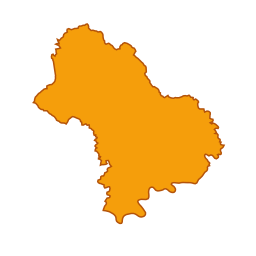 outline of Capão Alto, Santa Catarina, Brazil, rotated 280°
{"feature_id": "56859067B63554103523917", "entity_name": "Capão Alto", "entity_type": "district", "adm_level": 2, "iso_a3": "BRA", "parent_name": "Brazil", "parent_adm1": "Santa Catarina", "projection": "natural_earth1", "projection_center": [-50.626, -28.064], "detail": "fine", "context": "isolated", "style": "filled", "palette": "amber", "viewbox_px": 256, "rotation_deg": 280, "n_neighbors": 0, "source": "geoboundaries", "source_scale": "gbopen_adm2", "svg_char_len": 5833}
<svg xmlns="http://www.w3.org/2000/svg" viewBox="0 0 256 256"><g transform="rotate(280 128 128)"><path d="M105.1,214.9L106.3,214.1L107.6,214.6L108.4,213.6L109.0,212.6L110.2,211.8L111.9,209.5L113.3,208.5L114.5,208.2L115.6,208.8L115.6,210.0L114.6,212.5L115.9,214.3L115.6,216.0L113.3,218.7L113.0,220.3L113.8,221.3L114.9,222.1L116.2,221.9L117.2,220.8L117.9,221.7L117.8,223.3L118.5,224.2L119.7,224.2L120.9,223.4L122.0,222.9L123.4,222.9L124.2,223.8L125.3,224.8L126.3,225.2L127.7,225.6L127.6,223.9L127.8,222.1L129.0,221.7L130.2,222.1L130.3,220.6L131.7,220.9L132.8,220.6L133.4,218.9L134.6,218.0L135.9,218.0L137.0,217.8L137.8,216.8L137.8,214.9L138.7,215.9L140.2,214.9L141.6,213.3L143.0,214.6L143.2,216.8L144.4,217.0L145.2,216.3L146.9,213.6L147.3,212.4L147.6,210.8L146.6,209.8L147.4,208.0L148.1,208.9L148.8,209.9L150.0,210.5L151.3,210.1L151.3,208.5L151.8,206.9L155.0,206.5L156.0,206.6L157.5,206.2L158.4,204.6L158.4,202.9L157.8,201.9L157.0,200.8L158.5,199.9L159.9,199.4L159.2,195.3L159.9,194.0L161.3,193.2L162.9,192.6L164.4,192.4L165.8,193.0L167.0,192.1L168.3,189.6L167.2,188.1L168.1,186.9L169.3,186.9L169.3,185.6L169.2,184.3L170.1,183.6L170.9,182.4L169.8,180.7L169.8,178.7L169.2,176.8L168.2,175.7L167.4,174.2L166.7,173.1L166.2,170.7L166.2,169.3L165.2,167.7L165.1,165.9L165.3,164.2L165.8,162.6L167.0,161.7L165.2,159.7L164.3,158.8L164.5,157.6L165.3,156.8L165.6,155.1L167.0,153.9L168.2,153.8L168.7,152.5L169.7,152.2L171.0,151.4L171.9,150.3L172.5,148.6L173.3,146.7L172.9,145.4L174.2,143.8L176.9,141.3L177.9,141.5L178.7,140.8L179.5,139.6L180.6,138.3L181.9,137.6L182.6,136.0L183.7,135.4L184.7,135.0L186.4,136.3L190.7,135.3L191.9,134.6L192.4,133.2L194.5,131.3L195.0,130.3L198.2,125.7L199.1,123.7L200.3,122.1L200.9,120.8L202.4,121.4L203.7,121.7L204.8,122.4L205.9,121.8L206.7,121.2L207.7,120.2L207.8,118.9L208.3,117.7L209.3,117.0L209.9,116.0L210.8,113.6L211.2,112.4L211.4,109.8L210.3,108.3L209.2,107.9L208.2,106.5L206.3,105.9L204.6,106.3L204.1,104.5L203.1,103.1L203.6,101.3L204.4,100.1L205.5,99.1L206.4,98.1L206.9,96.6L207.6,95.5L208.1,94.3L207.5,93.1L206.7,91.8L207.3,90.7L208.5,90.0L209.6,89.9L210.3,88.9L211.7,88.2L213.3,87.6L214.7,87.3L216.0,86.9L217.0,86.0L217.8,85.1L218.2,83.8L217.6,82.7L217.4,81.5L218.0,80.3L217.9,78.7L218.2,76.5L217.6,74.8L218.7,73.0L219.6,71.8L221.1,71.6L222.4,71.0L223.4,69.7L222.7,68.4L221.6,67.5L221.4,66.0L220.3,64.3L219.9,62.4L219.1,61.7L217.7,61.6L217.1,59.9L216.7,58.1L215.8,56.7L215.0,55.1L215.2,53.9L215.6,52.5L214.7,51.0L213.1,51.0L212.0,51.6L211.2,50.7L210.3,49.3L208.9,48.5L207.7,48.4L206.7,48.5L205.6,47.6L204.9,46.7L203.7,46.1L202.3,45.2L203.0,43.1L201.6,43.8L200.3,44.9L199.1,45.5L198.9,43.6L198.0,42.3L197.6,44.0L197.1,45.7L195.1,47.6L194.5,46.6L193.7,44.7L193.1,43.1L191.9,43.7L190.1,44.1L188.7,44.8L187.7,44.0L186.1,43.6L186.7,42.2L187.7,41.4L187.0,40.3L185.0,40.2L183.4,40.7L182.8,42.0L181.6,42.3L180.6,43.0L166.9,47.6L165.8,47.6L164.6,48.0L161.6,47.9L160.0,47.2L157.6,45.4L157.1,43.6L156.3,42.2L155.3,40.8L153.9,41.0L152.7,41.4L152.3,39.7L151.4,38.2L150.4,37.6L149.3,36.5L147.6,35.3L146.5,34.0L143.4,32.2L142.3,31.4L140.9,31.2L139.3,31.1L138.3,31.3L136.6,30.4L136.4,32.7L135.5,33.9L134.4,35.3L132.8,36.3L131.8,37.9L131.2,39.3L131.4,41.2L130.4,42.0L130.9,45.3L128.6,48.1L128.0,50.1L127.3,51.0L126.8,52.5L126.3,53.6L124.5,55.5L123.3,56.3L122.9,57.5L122.6,59.0L121.8,60.1L121.4,61.4L121.6,62.7L121.8,64.8L121.2,66.4L123.4,67.4L124.6,67.7L125.7,67.9L126.8,68.6L127.8,69.6L128.8,70.4L129.6,71.4L129.6,73.0L128.8,76.2L128.6,77.5L128.1,79.0L127.1,79.9L126.1,80.2L125.7,81.3L123.0,82.1L123.1,83.4L124.0,84.6L124.8,85.8L123.6,87.3L124.3,89.1L123.1,89.6L121.4,89.8L120.9,92.0L120.1,92.8L119.6,94.1L118.9,94.9L117.4,94.9L116.2,95.3L115.0,96.0L115.5,97.4L113.8,97.6L113.4,99.2L112.2,99.0L111.3,97.8L110.0,97.2L109.6,98.8L108.6,99.4L107.9,100.9L106.7,100.1L105.7,99.1L104.5,98.6L103.6,99.6L103.0,100.8L102.2,99.8L101.1,99.5L99.7,99.6L99.7,101.1L98.4,102.7L97.1,104.0L95.3,104.1L95.0,105.9L94.0,105.7L93.4,104.2L92.4,104.3L92.3,105.8L91.2,107.5L89.7,107.3L88.0,107.3L86.6,107.3L87.4,108.6L87.6,110.0L88.0,111.2L88.4,112.5L89.3,113.6L90.3,112.5L92.0,112.1L92.6,114.2L91.6,115.0L89.0,116.3L87.3,118.3L86.0,116.7L85.1,115.3L83.8,114.7L82.1,115.4L80.7,114.4L80.0,113.0L77.9,112.7L76.6,112.3L76.2,110.6L75.3,109.7L73.9,109.8L72.7,109.8L71.5,107.6L69.9,107.5L69.0,108.3L68.5,109.7L68.5,111.2L68.1,112.5L67.8,114.3L66.0,114.6L64.9,115.6L65.7,117.3L66.7,118.7L66.9,120.0L65.3,120.8L62.9,120.7L62.0,120.0L61.1,118.5L59.6,118.5L58.6,119.2L58.6,120.6L57.9,122.2L56.5,122.0L55.8,121.0L55.4,119.6L54.2,119.1L52.9,118.5L51.8,118.1L51.3,119.3L50.3,119.8L48.9,119.7L47.6,118.9L46.6,118.5L45.3,118.3L44.0,118.0L42.5,117.9L42.6,120.2L42.5,122.2L42.3,124.3L41.6,126.3L41.0,128.0L40.2,129.5L39.4,130.5L38.5,131.3L37.1,131.9L35.5,132.3L34.2,133.0L33.4,134.2L32.9,135.4L32.6,136.7L33.1,138.2L34.4,138.6L36.3,138.4L38.0,138.4L39.3,138.7L40.3,139.1L41.4,140.0L42.5,141.4L44.4,146.0L44.8,148.3L44.6,149.9L44.2,151.1L43.1,153.5L42.7,154.7L42.6,156.3L43.2,157.9L43.9,159.1L45.0,159.9L46.2,160.2L47.8,159.9L50.9,157.0L52.3,155.5L53.5,154.1L54.5,152.7L55.6,151.5L57.1,150.4L58.6,150.7L59.6,152.2L60.1,153.5L60.7,158.1L61.9,160.1L63.5,160.5L65.0,160.3L66.3,160.0L67.3,159.7L68.3,159.4L69.5,159.3L71.1,159.3L72.3,159.7L73.2,160.3L73.9,161.6L73.9,163.0L73.0,164.4L71.6,166.0L71.2,167.7L71.5,169.4L72.4,171.7L73.2,173.2L74.3,174.3L74.7,175.9L74.3,177.2L73.7,178.4L72.9,179.6L72.4,180.9L72.2,182.3L72.3,183.6L72.9,184.7L74.0,185.4L75.2,185.5L76.2,185.3L77.4,184.4L78.5,183.2L79.1,181.7L80.1,180.4L81.2,180.7L81.9,181.8L82.2,183.0L82.4,186.1L82.6,187.9L83.4,189.8L83.9,191.6L84.4,195.3L84.7,197.0L85.0,199.1L85.0,200.9L84.8,202.4L84.8,203.9L85.9,205.3L89.5,206.4L90.8,207.5L93.3,209.3L94.9,210.1L96.4,210.7L97.8,211.4L99.5,213.0L100.6,213.4L101.8,213.4L103.1,213.0L104.3,213.4L105.1,214.9Z" fill="#f59e0b" stroke="#b45309" stroke-width="1.5"/></g></svg>